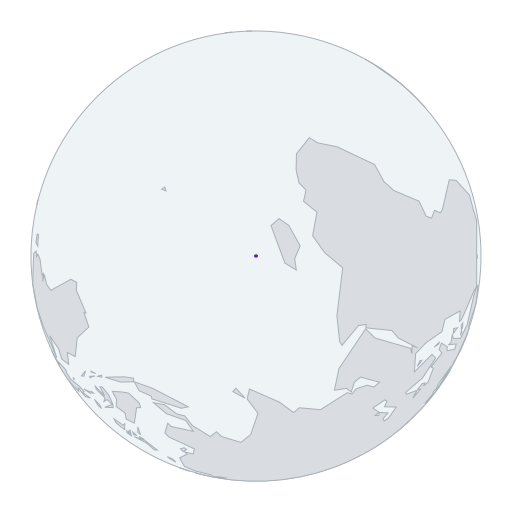 globe centered on La Réunion, rotated 144°
{"feature_id": "FRA-4601", "entity_name": "La Réunion", "entity_type": "Overseas department", "adm_level": 1, "iso_a3": "FRA", "parent_name": "France", "parent_adm1": "", "projection": "orthographic", "projection_center": [55.548, -21.116], "detail": "fine", "context": "on_globe", "style": "filled", "palette": "violet", "viewbox_px": 512, "rotation_deg": 144, "n_neighbors": 0, "source": "natural_earth", "source_scale": "10m", "svg_char_len": 6201}
<svg xmlns="http://www.w3.org/2000/svg" viewBox="0 0 512 512"><g transform="rotate(144 256 256)"><circle cx="256" cy="256" r="225" fill="#eef3f6" stroke="#a8b0b8"/><path d="M31.7,276.5L31.8,277.1L33.5,289.8L37.1,309.3L48.4,343.0L52.1,351.7L44.5,333.7L38.6,315.0L34.3,295.9L31.7,276.5ZM143.5,451.2L143.9,451.4L150.1,454.9L143.5,451.2ZM131.7,443.8L126.9,440.4L127.3,440.5L130.8,443.0L131.7,443.8ZM204.0,36.8L192.9,39.8L188.8,41.1L188.8,41.4L175.8,46.7L169.3,49.1L174.8,45.9L166.2,49.4L167.2,48.9L185.4,42.1L204.0,36.8ZM232.5,31.9L234.4,31.8L229.0,32.5L222.0,33.3L224.4,33.4L226.2,32.9L229.4,32.7L235.1,31.8L237.6,31.7L238.7,31.4L239.7,31.3L242.5,31.1L241.7,31.3L253.4,30.7L262.4,30.8L263.5,30.8L272.3,31.3L274.9,31.5L275.1,31.5L281.5,32.2L280.5,32.2L282.4,32.4L284.4,32.5L301.4,35.3L318.1,39.4L334.4,44.8L350.3,51.4L365.6,59.2L380.3,68.1L394.3,78.2L407.4,89.2L419.7,101.3L431.1,114.2L432.8,116.4L431.7,115.4L426.7,109.0L421.7,103.6L419.0,100.5L415.6,97.9L411.6,93.4L410.8,94.1L415.9,99.3L420.4,102.8L421.5,106.1L431.6,117.9L437.5,127.7L436.5,137.6L428.3,136.2L428.8,139.2L423.1,132.8L419.2,136.2L432.8,160.6L433.7,166.4L425.7,172.6L424.8,167.9L409.7,151.0L409.6,164.3L421.1,181.1L425.2,197.7L417.4,189.4L413.0,174.9L407.6,168.5L407.2,156.3L399.1,136.8L391.2,137.0L390.0,130.2L377.7,114.0L365.3,114.6L346.8,127.6L347.2,145.5L339.5,152.3L322.9,123.9L317.6,107.2L310.2,107.8L294.2,93.8L262.5,91.7L259.3,87.9L253.1,89.7L242.0,86.2L237.6,80.6L230.3,81.3L242.5,96.5L250.5,96.1L258.9,89.9L260.6,95.7L271.5,101.3L255.0,116.2L210.1,132.6L207.9,119.6L185.0,90.2L186.9,86.8L186.9,86.4L186.8,85.8L182.5,91.6L179.3,86.7L189.1,106.0L189.8,115.8L209.4,133.4L207.0,135.8L214.0,139.5L239.0,133.1L238.6,137.7L225.5,160.3L192.8,195.5L198.5,218.3L198.3,239.1L180.9,255.7L185.4,272.3L176.8,279.9L178.2,289.9L173.0,302.0L163.2,314.9L143.3,320.4L139.7,311.4L126.2,296.6L106.3,260.3L108.8,240.8L106.0,227.9L91.9,204.5L94.9,188.2L91.7,183.4L84.8,188.0L81.4,182.5L77.5,184.4L54.9,204.0L49.7,199.7L47.5,179.8L52.7,166.5L56.6,155.0L95.4,101.7L100.3,99.5L127.1,83.7L129.8,83.5L123.1,91.6L140.4,93.7L150.1,85.5L169.3,85.9L184.3,83.2L196.0,69.1L171.4,73.0L170.7,67.8L193.2,59.4L215.2,57.7L215.6,55.7L204.7,52.7L212.8,48.8L201.2,51.6L203.7,53.0L196.5,55.1L193.9,54.1L196.8,52.5L191.1,52.7L178.4,61.0L179.6,63.3L162.6,68.2L162.8,72.8L157.1,76.5L154.6,70.2L157.1,67.1L150.0,63.7L145.7,67.1L152.2,71.0L148.9,71.5L143.2,77.3L144.8,73.3L138.9,69.2L125.5,76.3L103.3,95.7L96.6,100.7L93.4,101.9L106.8,87.5L120.2,78.1L125.2,73.9L127.0,71.5L130.9,69.2L133.3,67.4L138.8,64.3L151.1,57.2L157.4,54.4L166.5,49.5L171.0,47.6L164.3,50.9L163.0,52.0L179.2,46.8L183.6,45.2L188.2,42.7L192.1,42.0L194.5,40.3L205.9,37.6L194.0,39.9L199.2,38.1L208.4,35.8L208.1,35.9L232.5,31.9ZM78.3,123.7L76.3,127.2L78.3,123.7ZM236.3,63.9L250.9,64.3L248.2,57.2L253.6,57.0L250.7,54.9L247.9,56.7L241.4,51.4L249.1,49.7L249.3,47.2L244.3,47.0L231.3,51.3L240.6,58.5L235.5,61.5L236.3,63.9ZM147.3,58.7L145.8,59.8L141.9,62.3L129.4,69.7L135.6,65.6L135.0,66.0L147.3,58.7ZM135.2,79.5L137.7,78.9L142.2,77.1L138.7,81.1L135.2,79.5ZM130.8,76.8L133.4,75.4L130.6,79.4L128.0,80.4L130.8,76.8ZM137.2,71.5L133.8,75.0L134.0,73.7L137.2,71.5ZM167.0,49.8L170.0,48.5L169.5,49.0L166.7,50.3L167.0,49.8ZM190.5,71.9L184.8,75.0L183.1,74.2L185.4,73.2L190.5,71.9ZM159.5,77.4L165.5,77.5L158.5,78.5L159.5,77.4ZM290.5,361.5L293.0,365.5L289.2,365.4L290.5,361.5ZM236.8,233.2L226.0,271.8L215.3,272.7L211.5,261.4L214.3,238.2L226.3,231.1L231.6,221.0L236.8,233.2ZM454.7,255.1L457.5,258.9L457.2,259.8L454.7,255.1ZM451.9,248.6L455.4,252.1L451.0,250.4L451.9,248.6ZM456.7,253.5L460.3,254.9L461.8,254.7L461.3,256.5L456.7,253.5ZM449.3,246.6L433.6,235.7L426.9,229.1L428.9,226.2L439.8,233.7L449.3,246.6ZM428.4,225.8L417.5,209.8L399.4,173.8L405.9,176.7L424.2,201.6L423.1,204.2L429.7,215.7L428.4,225.8ZM453.0,222.1L451.8,231.0L443.6,224.1L439.6,219.9L436.9,206.1L438.4,201.1L441.8,203.4L452.7,192.3L456.9,200.3L454.2,205.8L457.5,216.4L453.0,222.1ZM348.4,147.4L354.4,159.9L350.0,160.9L348.4,147.4ZM455.3,182.7L452.1,187.3L454.4,179.6L455.3,182.7ZM455.6,174.6L456.7,178.9L454.2,173.4L455.6,174.6ZM430.4,144.4L426.9,143.1L425.9,140.3L429.8,140.4L430.4,144.4ZM442.0,136.3L445.2,143.7L445.7,145.8L442.5,140.1L442.0,136.3ZM399.3,429.8L401.4,428.0L403.3,426.4L399.3,429.8ZM419.3,401.3L426.8,392.2L426.1,396.5L420.1,402.3L419.3,401.3ZM442.2,348.8L419.5,346.0L416.5,340.0L421.5,333.9L427.1,309.7L428.5,311.3L432.9,296.8L448.7,294.9L461.4,280.9L465.3,288.8L471.2,278.4L473.7,286.7L470.3,296.7L469.7,312.7L477.1,290.7L469.0,325.4L463.4,342.9L452.8,365.0L434.4,388.7L431.0,389.2L433.8,384.5L431.4,385.6L432.8,380.0L440.4,366.1L437.8,367.3L443.4,361.0L438.2,365.2L442.1,355.9L442.2,348.8ZM461.4,263.3L465.9,259.9L467.7,261.6L461.4,263.3ZM477.0,299.6L477.6,296.3L479.3,282.8L478.0,286.0L476.7,275.7L477.8,273.1L478.3,265.0L475.3,253.5L474.7,247.3L476.3,247.5L473.5,238.4L476.7,242.6L477.4,254.2L478.9,250.8L480.3,259.1L480.7,268.8L479.9,281.2L479.7,282.6L478.2,293.1L477.0,299.6ZM475.5,262.5L476.0,263.6L475.3,265.4L475.5,262.5ZM469.3,241.7L469.0,244.0L468.0,240.5L469.3,241.7ZM470.7,242.2L473.4,249.6L470.3,243.9L470.7,242.2ZM459.6,220.4L460.8,227.4L464.6,227.6L461.6,229.9L463.6,242.4L462.5,245.2L460.7,231.9L459.0,242.0L457.3,240.1L456.9,229.7L459.0,220.2L460.7,217.3L467.2,222.6L459.6,220.4ZM470.9,235.0L470.0,227.0L470.6,223.5L471.6,228.3L470.9,235.0ZM466.5,207.7L463.0,197.3L460.8,197.4L464.4,192.8L467.3,203.5L466.5,207.7ZM462.1,189.1L460.1,189.1L461.6,185.9L462.1,189.1ZM459.1,186.0L457.9,180.8L460.0,183.5L459.1,186.0ZM463.4,190.7L462.2,182.9L464.1,188.8L463.4,190.7ZM454.6,169.2L460.6,181.4L454.4,172.5L449.9,157.0L452.2,158.9L454.6,169.2ZM440.8,127.1L442.6,129.8L436.9,121.8L436.3,120.9L440.8,127.1Z" fill="#d9dde1" stroke="#a8b0b8" stroke-width="1"/><path d="M256.9,256.0L257.1,256.0L257.1,256.3L257.0,256.6L257.0,256.8L256.9,256.9L256.7,256.9L256.6,257.0L256.4,257.0L256.2,257.0L256.0,256.9L255.8,256.9L255.7,256.8L255.5,256.7L255.4,256.6L255.2,256.6L255.1,256.4L255.1,256.2L254.9,255.9L254.8,255.7L255.0,255.5L255.0,255.4L255.1,255.2L255.3,255.1L255.5,255.0L255.8,255.0L256.0,255.1L256.4,255.1L256.5,255.2L256.5,255.3L256.6,255.5L256.7,255.8L256.8,255.8L256.9,256.0Z" fill="#8b5cf6" stroke="#5b21b6" stroke-width="1.5"/></g></svg>